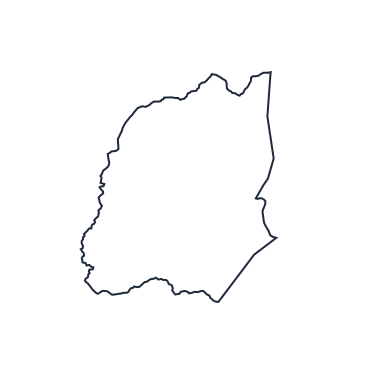 outline of Feira Nova do Maranhão, Maranhão, Brazil, rotated 317°
{"feature_id": "56859067B35499253028510", "entity_name": "Feira Nova do Maranhão", "entity_type": "district", "adm_level": 2, "iso_a3": "BRA", "parent_name": "Brazil", "parent_adm1": "Maranhão", "projection": "orthographic", "projection_center": [-46.651, -7.006], "detail": "fine", "context": "isolated", "style": "outline", "palette": "slate", "viewbox_px": 384, "rotation_deg": 317, "n_neighbors": 0, "source": "geoboundaries", "source_scale": "gbopen_adm2", "svg_char_len": 3281}
<svg xmlns="http://www.w3.org/2000/svg" viewBox="0 0 384 384"><g transform="rotate(317 192 192)"><path d="M136.3,290.4L194.7,280.2L219.4,282.7L222.3,283.0L220.6,280.1L219.7,277.0L221.5,272.6L221.9,270.4L222.7,267.0L223.8,263.5L230.3,254.2L235.2,251.8L237.3,250.8L239.3,248.9L239.5,246.6L238.6,244.0L237.2,242.8L235.0,241.5L234.3,240.2L248.9,235.7L256.8,233.9L274.6,223.2L291.7,198.3L297.7,189.6L298.5,188.3L328.7,160.3L331.3,158.0L329.9,157.1L328.6,156.4L327.4,155.1L325.7,153.6L324.2,153.1L322.3,152.5L320.4,152.5L317.2,150.6L315.5,148.9L313.2,148.6L311.6,150.3L310.2,151.3L307.7,151.9L305.3,152.9L303.1,153.2L300.7,153.0L299.1,153.6L297.5,154.3L295.9,154.4L294.4,153.7L292.5,154.0L291.5,151.9L290.9,149.2L289.0,146.9L289.1,144.9L288.3,143.1L288.1,140.2L289.8,138.0L291.4,136.2L292.5,133.8L292.3,132.2L291.5,130.5L291.2,128.2L290.1,124.6L289.4,122.4L288.0,121.1L287.2,119.4L285.7,119.7L284.0,120.2L281.6,120.1L279.7,120.4L277.6,120.5L275.3,120.1L274.3,119.0L272.3,118.8L270.4,118.6L269.1,119.8L267.8,120.6L266.3,120.2L264.3,120.9L262.7,119.8L261.3,118.8L260.1,117.9L258.1,117.9L256.7,117.1L254.8,117.6L253.1,118.5L251.5,118.3L249.8,118.5L248.2,117.4L246.3,116.6L245.9,113.7L244.2,112.1L243.2,111.0L242.4,109.7L241.0,108.4L238.7,106.2L237.3,105.2L235.9,103.9L234.4,104.7L232.8,103.8L231.2,104.3L229.1,103.0L227.1,101.0L226.0,100.0L224.0,99.5L222.1,99.3L220.5,99.4L218.6,98.9L215.9,97.9L214.5,95.8L212.7,94.7L211.2,94.3L209.8,93.6L206.2,93.9L204.2,94.2L201.8,94.6L200.3,94.9L198.2,94.9L191.1,95.9L187.1,97.1L184.7,98.0L183.2,99.0L181.4,99.9L179.6,100.5L175.3,102.2L173.8,102.7L170.7,106.6L167.5,110.4L164.8,110.2L162.9,109.1L161.1,107.5L158.5,107.3L156.3,106.7L152.5,112.3L151.5,114.2L148.7,116.0L145.7,116.2L141.6,115.8L138.1,117.5L136.0,117.8L135.7,119.7L134.3,120.9L131.4,123.0L133.3,126.4L131.2,127.4L129.6,126.1L127.7,125.5L127.3,127.7L127.3,130.8L126.1,132.4L120.5,132.1L119.3,133.2L118.9,134.6L117.7,136.0L116.8,139.1L116.8,140.6L113.9,141.8L112.5,141.6L110.8,141.7L110.1,143.4L108.1,144.8L106.7,145.8L104.4,145.8L102.9,145.7L101.1,146.1L100.6,147.9L98.7,148.5L96.8,147.8L95.1,148.6L93.6,150.0L91.9,148.5L89.5,148.9L87.4,149.0L84.2,149.1L83.5,150.9L81.3,150.8L80.1,152.2L77.6,152.8L76.3,154.4L75.6,156.9L73.9,158.5L71.6,158.0L71.2,160.8L71.0,163.1L69.7,165.0L68.1,164.6L66.2,165.3L65.2,167.3L63.9,168.8L65.7,171.4L64.8,173.8L67.1,175.3L67.4,178.0L68.4,179.8L66.9,180.9L65.3,179.9L64.2,178.9L62.5,179.6L61.7,181.6L60.0,181.5L57.8,183.3L55.1,182.9L53.3,183.7L53.0,185.3L53.5,187.3L53.3,190.0L53.1,192.3L52.9,193.9L52.7,195.9L52.9,198.3L53.1,200.7L53.7,202.3L56.7,202.8L59.2,203.3L62.1,206.5L62.9,209.2L63.1,211.3L63.6,212.8L64.9,213.5L66.1,214.7L68.5,216.1L71.0,218.0L72.5,218.6L75.7,221.2L77.3,221.7L79.7,220.9L81.9,220.8L83.4,221.8L85.2,221.6L87.0,224.2L88.9,225.5L92.2,225.6L94.0,225.5L96.0,225.6L97.5,226.7L99.6,227.1L102.0,227.4L105.0,229.4L107.2,230.0L107.7,233.1L110.2,234.6L110.8,236.4L113.1,238.8L113.2,240.3L112.9,241.8L112.3,243.4L113.6,246.2L112.4,249.3L110.4,250.4L110.1,253.3L109.8,255.5L112.1,257.0L113.2,257.9L115.6,257.3L119.0,259.2L120.8,262.2L120.7,264.1L123.4,265.8L125.6,266.6L128.1,269.2L130.0,270.1L132.4,271.5L133.0,273.3L132.9,276.7L134.1,279.8L133.2,281.9L133.6,285.7L134.0,287.4L136.3,290.4Z" fill="none" stroke="#1e293b" stroke-width="2"/></g></svg>